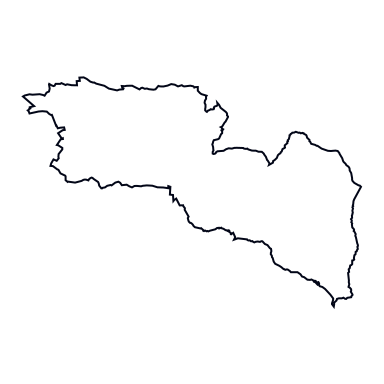 Covasna, Covasna, Romania
{"feature_id": "2599482B78914670326666", "entity_name": "Covasna", "entity_type": "district", "adm_level": 2, "iso_a3": "ROU", "parent_name": "Romania", "parent_adm1": "Covasna", "projection": "albers", "projection_center": [26.263, 45.799], "detail": "fine", "context": "isolated", "style": "outline", "palette": "ink", "viewbox_px": 384, "rotation_deg": 0, "n_neighbors": 0, "source": "geoboundaries", "source_scale": "gbopen_adm2", "svg_char_len": 5950}
<svg xmlns="http://www.w3.org/2000/svg" viewBox="0 0 384 384"><path d="M333.8,306.6L334.2,303.9L334.0,302.8L336.5,300.5L337.0,298.9L339.0,298.3L341.9,298.3L343.4,297.7L345.1,298.8L346.2,298.9L347.3,297.8L351.2,297.2L351.4,296.2L352.5,295.0L352.5,294.5L350.8,291.7L351.2,290.8L351.1,289.2L349.9,287.8L348.5,286.9L349.3,284.2L348.8,282.3L348.9,280.4L348.1,272.9L349.1,271.9L348.7,269.3L349.7,268.2L350.2,265.5L351.4,265.0L352.2,264.1L352.2,260.5L353.5,260.2L354.2,259.5L353.9,258.2L354.4,255.2L355.5,254.3L355.7,251.8L356.7,251.3L357.0,250.1L357.8,249.0L357.4,246.8L357.9,246.0L357.9,245.1L357.2,243.2L355.9,237.2L355.3,235.8L355.7,234.1L354.2,231.3L353.7,231.0L354.1,229.9L353.7,228.9L352.3,227.5L351.9,224.5L352.2,223.4L351.3,222.2L351.8,221.1L351.8,220.4L351.0,219.1L352.1,217.8L351.9,215.4L352.3,214.8L352.5,213.4L352.8,212.8L352.4,210.6L353.0,208.5L352.4,207.2L353.2,206.1L352.8,205.5L353.2,204.2L353.5,201.1L354.2,199.3L361.0,186.8L359.8,185.6L358.5,185.3L354.3,182.9L352.5,180.9L352.1,179.7L352.1,178.1L351.2,173.1L349.7,170.5L349.6,168.8L349.3,167.9L348.5,166.7L346.3,165.1L345.6,163.8L343.7,162.0L343.1,161.0L342.2,158.2L339.6,153.9L339.3,153.0L337.7,151.0L335.4,150.6L330.9,151.0L327.9,150.8L321.6,148.6L317.5,145.8L316.6,145.8L315.2,144.9L311.2,143.8L310.2,141.8L309.4,141.2L309.5,140.0L307.1,137.7L306.5,135.5L306.0,134.9L303.9,133.8L303.6,133.2L303.0,133.3L302.5,132.9L300.7,133.3L299.7,132.6L298.6,132.8L295.8,131.8L294.1,132.6L292.3,132.7L291.4,133.7L290.7,133.9L290.2,134.9L289.5,135.3L289.6,136.1L288.8,139.2L287.7,140.3L288.0,141.2L287.2,142.0L287.4,143.1L284.8,145.3L284.7,146.1L285.0,147.5L284.8,147.8L282.5,149.1L281.7,151.5L280.7,152.3L280.4,153.3L279.3,153.9L277.9,155.2L276.8,158.0L274.5,160.2L273.2,160.9L272.9,162.7L269.0,164.9L269.5,163.5L267.7,160.5L267.1,160.0L265.9,156.8L264.1,154.4L263.8,153.6L261.8,151.8L258.4,151.7L255.9,150.7L252.0,150.6L248.2,149.4L247.4,148.6L246.1,148.9L244.0,148.6L243.2,148.0L236.6,147.8L234.3,147.9L231.9,148.6L228.7,148.3L226.1,149.2L223.6,150.8L217.4,151.3L215.9,152.4L215.8,153.0L215.3,153.5L214.5,153.8L213.6,154.0L212.7,153.6L212.7,151.9L213.5,150.3L213.3,149.5L213.1,147.0L212.3,144.3L212.8,143.3L213.1,141.8L213.8,140.2L218.0,139.2L219.1,138.5L221.1,134.1L222.1,133.3L222.2,131.6L221.5,130.4L222.8,129.9L223.2,129.3L222.0,128.6L221.6,127.5L220.9,127.1L222.2,126.5L224.7,122.4L225.5,121.7L228.0,117.0L228.0,116.5L227.0,115.4L227.1,114.0L226.8,113.1L225.8,111.9L220.6,107.8L219.1,104.9L217.3,102.8L217.6,104.6L217.2,105.4L216.9,105.8L214.5,106.6L213.9,107.5L214.0,108.6L213.7,109.2L211.9,109.5L210.7,109.2L209.7,110.0L208.0,110.6L206.9,111.9L206.5,111.7L205.2,110.4L205.2,108.7L205.5,107.3L205.5,104.6L204.8,103.4L204.6,102.6L205.0,100.5L206.1,98.8L206.0,96.7L206.6,95.7L201.4,94.1L199.8,92.9L197.8,90.7L197.8,87.0L195.5,87.1L194.4,87.5L194.3,87.1L193.2,86.3L190.4,85.7L184.4,86.4L183.3,86.2L181.8,85.2L178.0,86.4L174.8,84.7L171.2,84.1L167.6,85.6L163.3,86.5L160.0,86.4L158.4,85.9L155.5,89.3L153.5,89.7L148.9,89.2L146.9,88.5L144.8,88.8L142.3,87.7L141.2,88.0L139.5,89.4L132.1,85.7L126.9,85.8L124.6,86.2L121.8,86.0L122.2,87.5L123.5,88.5L123.1,89.3L119.4,89.6L117.1,90.4L108.9,88.6L104.4,85.8L96.1,83.6L94.2,82.5L93.2,82.6L90.4,81.7L86.7,78.9L83.7,77.4L79.4,77.6L79.8,80.9L76.7,81.1L77.0,85.3L71.7,85.2L67.1,84.3L65.6,85.0L61.4,83.1L60.2,83.9L55.6,83.9L54.6,85.7L53.5,86.1L51.5,85.3L49.2,83.9L49.0,84.4L49.7,88.6L49.0,91.5L46.6,92.6L44.6,95.7L43.1,95.0L39.7,94.2L32.5,94.7L29.5,94.3L24.7,95.5L23.0,96.5L34.1,106.1L29.9,107.2L30.3,108.3L29.5,108.5L29.6,108.8L29.2,109.0L28.7,109.9L27.8,110.4L28.7,111.3L29.5,113.5L38.6,111.5L42.4,111.2L46.8,111.6L49.3,114.0L51.3,115.1L51.9,114.9L56.1,125.7L56.4,125.5L57.8,128.3L60.3,127.7L64.1,127.4L64.7,129.9L62.7,130.2L58.1,133.2L61.8,138.6L62.8,138.2L62.9,139.0L60.7,139.3L56.9,145.0L58.2,145.3L62.3,147.9L62.3,149.4L58.6,154.1L58.4,156.8L58.7,158.3L56.7,160.8L53.5,159.4L51.2,163.4L50.5,165.9L52.9,166.1L57.3,169.4L58.4,169.8L60.5,173.4L65.1,175.6L65.6,176.3L65.6,180.2L67.6,181.9L67.9,181.6L75.1,182.6L81.6,180.9L83.3,179.9L84.4,179.6L86.0,179.6L88.4,180.4L88.8,179.5L90.1,178.3L91.5,177.6L92.5,177.9L93.7,179.0L98.1,182.0L98.8,183.6L99.2,185.6L101.3,188.3L102.0,188.4L102.7,187.8L105.0,187.4L107.2,185.8L110.6,185.0L111.6,185.4L115.3,182.6L118.4,181.7L120.2,182.8L121.8,185.2L126.7,184.7L129.3,186.3L132.0,187.4L134.4,186.0L136.7,185.9L141.1,186.3L142.7,185.8L146.8,185.4L152.3,185.7L157.5,187.3L163.3,187.5L168.2,188.2L168.3,186.1L169.8,186.6L170.0,188.0L170.3,187.8L169.9,194.6L173.0,195.0L173.4,201.0L174.2,200.0L176.2,198.6L179.7,205.4L183.1,205.3L183.2,206.0L184.9,208.2L184.7,209.8L188.6,216.6L187.8,218.1L188.3,220.2L188.8,221.6L190.1,222.9L190.8,222.9L191.6,223.4L192.8,224.6L193.5,225.9L194.9,227.2L200.7,228.5L201.1,228.2L203.1,229.9L203.2,230.7L204.0,231.1L205.0,230.5L206.6,231.3L207.4,231.0L208.3,231.4L209.9,230.7L215.3,229.3L217.1,228.0L219.0,227.8L219.2,228.4L221.3,227.7L221.8,228.3L223.5,228.8L225.6,230.2L226.9,230.3L227.4,230.9L227.9,230.6L228.6,231.2L229.0,230.5L229.3,230.8L229.0,231.5L229.1,231.8L230.7,232.8L230.8,234.1L231.1,234.3L233.2,232.8L235.2,237.2L234.0,239.7L237.9,238.3L247.1,239.4L247.5,240.1L248.7,240.5L249.7,240.3L251.1,241.3L252.4,241.1L253.1,241.8L254.3,242.4L255.7,241.8L257.7,241.5L260.0,241.9L261.3,241.2L262.4,241.3L264.9,244.0L267.5,245.1L269.9,248.2L271.0,248.8L271.3,250.3L271.3,251.6L270.9,252.6L270.8,254.3L271.8,255.6L272.0,257.2L272.7,258.0L273.7,261.6L275.2,263.8L279.3,265.8L281.3,267.1L283.6,269.1L284.2,269.1L285.2,269.8L286.9,269.4L287.8,269.6L289.8,271.0L290.9,272.2L297.5,272.2L300.5,274.3L302.0,276.5L304.2,277.2L307.4,279.7L310.1,279.9L311.4,279.5L313.8,280.7L315.6,280.9L315.8,281.2L313.9,280.7L313.7,281.3L314.0,281.8L315.3,282.2L317.7,284.8L318.4,284.5L318.4,283.8L317.9,282.2L318.4,282.1L319.1,283.3L319.1,285.2L319.7,286.2L322.4,287.0L325.1,289.0L330.4,294.7L333.0,298.2L333.2,298.6L333.0,300.4L332.0,303.3L332.0,304.2L333.8,306.6Z" fill="none" stroke="#020617" stroke-width="2"/></svg>